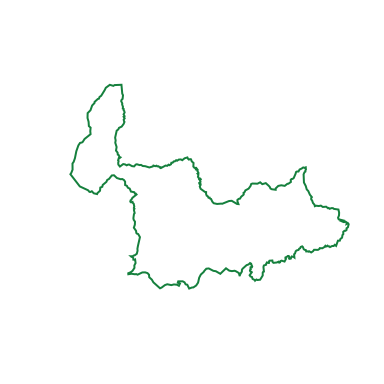 outline of San Calixto, Norte de Santander, Colombia, rotated 229°
{"feature_id": "7082276B87116730162989", "entity_name": "San Calixto", "entity_type": "district", "adm_level": 2, "iso_a3": "COL", "parent_name": "Colombia", "parent_adm1": "Norte de Santander", "projection": "orthographic", "projection_center": [-73.16, 8.446], "detail": "fine", "context": "isolated", "style": "outline", "palette": "green", "viewbox_px": 384, "rotation_deg": 229, "n_neighbors": 0, "source": "geoboundaries", "source_scale": "gbopen_adm2", "svg_char_len": 6009}
<svg xmlns="http://www.w3.org/2000/svg" viewBox="0 0 384 384"><g transform="rotate(229 192 192)"><path d="M171.7,90.0L170.0,92.7L167.3,95.0L166.7,96.0L165.3,96.7L163.9,101.7L163.2,102.6L162.1,103.9L160.0,105.2L157.8,105.3L155.7,103.8L152.2,104.2L149.2,103.6L140.3,104.7L139.8,106.4L139.5,110.5L138.6,112.8L135.3,115.3L134.1,117.7L131.9,119.8L129.8,120.6L130.8,122.8L132.9,121.8L133.6,123.0L130.7,126.4L128.7,127.1L126.5,126.6L125.1,127.6L121.0,126.5L119.9,129.4L119.1,130.4L118.7,133.8L119.6,137.1L122.6,141.2L123.9,144.5L124.0,148.4L124.4,149.6L124.7,152.5L123.3,154.5L118.5,156.4L116.6,158.0L111.7,159.7L112.1,167.6L108.2,168.5L106.1,170.2L104.6,172.5L103.2,173.2L100.1,174.2L97.2,172.8L98.2,174.1L99.2,177.4L100.5,178.6L100.9,179.8L101.0,185.2L100.2,187.2L100.3,189.2L99.1,189.6L98.5,189.0L97.8,189.1L96.2,188.5L95.9,187.8L96.8,186.9L96.2,186.1L95.2,185.8L95.1,184.8L94.6,184.1L93.7,183.9L92.7,184.6L92.2,184.5L91.4,180.9L89.9,180.7L88.6,181.5L86.6,180.7L84.2,181.7L83.7,181.5L83.7,183.2L82.6,183.7L81.1,185.9L82.6,190.6L84.7,192.4L85.1,193.5L84.8,194.1L88.5,196.7L89.4,198.0L88.5,200.2L89.1,200.7L89.7,202.4L88.4,203.0L88.0,203.6L89.1,204.6L89.3,205.4L87.6,207.7L86.2,206.9L85.1,207.0L83.2,209.7L82.6,211.7L82.1,211.8L81.7,211.4L81.3,211.7L81.2,212.4L81.8,213.5L81.4,214.6L78.8,216.2L79.9,219.1L80.9,219.1L81.3,219.6L80.8,221.2L80.9,222.2L80.3,223.0L79.4,223.0L78.1,221.6L77.7,221.6L76.9,222.8L77.9,225.0L76.3,226.1L75.4,226.3L78.0,228.2L78.0,229.4L79.2,231.3L79.3,232.5L78.4,234.4L78.9,235.7L78.6,236.7L79.2,238.0L78.7,239.5L77.8,239.6L75.5,238.8L74.4,239.1L73.6,239.8L72.2,239.2L71.6,240.1L70.5,240.8L70.5,241.5L68.2,242.3L67.9,244.5L68.3,246.2L65.7,249.1L65.4,250.9L65.8,251.6L64.0,253.5L63.6,256.0L63.9,257.3L62.9,257.3L62.6,259.1L61.6,259.1L60.9,259.9L59.9,260.0L59.3,262.3L58.3,263.5L58.5,265.1L56.8,265.4L59.5,270.2L58.3,271.6L59.2,273.2L59.1,275.3L60.8,277.3L60.9,278.5L62.7,280.0L62.7,281.7L62.0,282.4L62.0,283.8L63.2,284.8L63.1,286.5L64.9,289.1L66.2,289.2L66.5,287.6L67.5,288.8L69.0,288.4L69.1,287.6L69.8,286.7L71.7,285.8L70.9,287.2L71.0,287.7L75.2,284.8L76.7,285.3L77.9,287.6L79.9,289.5L82.7,291.0L86.2,288.0L87.3,287.8L88.4,286.6L89.0,284.9L90.3,284.7L90.5,284.0L92.9,283.6L94.9,280.9L97.2,280.3L98.2,278.5L100.2,276.7L100.7,275.4L102.1,276.1L104.4,276.1L106.8,277.1L108.1,277.1L109.3,278.0L109.5,279.1L112.6,279.2L116.5,280.4L118.7,280.3L121.9,281.8L125.7,282.7L132.1,287.8L133.1,289.8L133.0,291.0L133.9,291.7L134.2,292.7L136.0,294.0L136.5,292.6L137.3,292.3L137.7,291.6L137.7,290.3L138.4,288.0L137.6,285.8L138.6,284.7L138.8,283.6L137.8,282.1L135.8,277.9L135.9,276.5L136.5,275.6L136.4,274.5L134.7,273.2L135.0,270.2L135.6,269.4L135.8,266.0L138.5,263.8L140.0,261.1L139.8,257.5L138.8,256.6L141.8,254.0L143.2,253.5L144.7,254.0L146.2,254.0L150.3,253.5L151.8,250.2L154.6,249.8L155.3,246.9L158.7,243.2L159.2,242.0L158.1,240.0L157.4,236.9L158.2,233.3L157.5,231.9L157.5,230.2L156.5,229.8L156.1,228.9L156.2,226.1L155.5,223.8L156.2,222.7L156.2,221.0L155.0,220.1L152.4,219.1L152.6,218.9L153.5,218.1L159.3,216.2L160.9,214.0L163.3,207.1L164.1,206.4L166.5,203.1L169.3,201.0L171.4,201.0L174.2,201.8L175.2,201.3L176.2,201.6L176.8,200.7L178.4,201.1L179.6,200.7L181.4,201.4L182.7,202.6L183.6,201.8L188.8,200.6L191.1,201.5L191.5,202.6L192.2,202.8L192.0,203.4L192.6,203.8L193.1,203.8L193.5,203.1L194.1,203.3L194.1,205.1L195.5,205.6L195.8,207.0L196.7,207.0L197.2,205.8L198.6,206.5L199.5,206.4L200.8,208.1L202.1,208.2L201.8,209.0L202.1,209.4L204.4,209.9L204.9,210.8L206.3,210.9L206.0,210.1L206.5,209.7L207.1,210.2L207.1,210.9L207.5,211.0L208.6,209.7L210.3,209.7L212.9,212.2L215.3,211.9L217.3,212.7L218.1,212.1L218.5,210.9L219.8,210.8L221.1,211.2L222.3,208.5L222.4,205.5L223.8,205.0L225.1,203.4L225.4,201.2L226.4,200.9L226.4,199.1L227.1,198.2L226.8,196.6L227.6,195.6L226.7,194.3L227.1,192.5L228.0,192.2L228.0,190.5L229.3,189.4L230.5,184.1L230.8,183.9L231.4,184.5L232.4,183.7L233.4,183.6L234.1,182.6L235.1,182.5L235.6,181.2L237.3,180.2L237.0,179.2L238.5,175.9L242.2,173.6L243.9,171.9L245.9,171.3L246.7,170.1L249.1,168.6L249.6,167.5L249.3,165.1L250.9,163.7L253.9,162.6L254.6,161.7L255.0,160.2L256.7,159.6L258.2,158.4L258.5,154.3L261.0,154.4L262.4,155.4L263.5,156.9L264.4,157.0L265.8,159.3L265.8,159.8L265.1,159.8L265.1,160.7L266.1,160.3L268.1,160.9L268.9,160.5L270.6,161.7L273.1,161.8L275.4,164.6L279.5,166.4L281.0,168.2L283.4,169.6L287.7,175.4L287.6,177.4L288.3,179.0L287.5,181.8L288.2,185.0L289.2,187.0L290.2,187.2L291.5,188.0L291.7,189.4L293.5,189.7L293.2,190.6L293.5,190.9L295.5,191.3L296.2,193.3L297.6,194.0L298.5,194.0L299.4,194.9L300.4,194.5L301.6,195.8L303.9,196.7L304.6,197.5L307.1,198.2L307.8,199.5L307.8,200.7L310.3,203.4L312.0,203.9L319.2,209.1L323.5,203.7L323.7,202.3L326.8,200.3L327.2,195.3L326.2,193.0L324.2,186.6L324.4,184.6L323.5,183.0L324.0,181.9L323.9,177.6L323.1,176.7L322.8,173.4L320.3,169.0L320.0,165.0L316.4,161.7L312.8,160.0L309.4,157.4L307.1,157.7L304.6,155.1L302.2,153.4L302.5,145.7L301.5,142.4L301.6,141.4L302.5,139.7L301.7,136.8L298.7,131.5L294.3,125.8L292.4,122.5L291.9,120.5L287.2,116.5L285.6,113.4L285.2,111.9L269.8,111.0L261.5,114.7L259.4,114.7L258.7,115.3L258.3,116.9L255.5,117.0L252.7,119.0L253.2,119.9L253.3,123.4L255.5,125.7L254.8,127.7L255.9,129.3L255.8,134.0L256.7,135.9L256.3,138.0L257.1,142.3L255.8,144.1L251.8,144.5L248.5,146.5L247.5,147.9L245.7,148.5L243.7,148.3L241.1,146.1L239.4,146.9L237.4,146.4L235.4,147.2L232.4,146.2L229.7,148.3L228.3,147.9L227.7,148.5L226.5,148.5L226.7,143.2L225.9,141.0L226.0,140.2L225.2,139.1L224.2,139.2L223.5,140.6L222.7,140.2L221.4,140.3L218.9,138.9L218.1,137.6L217.1,137.6L216.6,136.4L213.7,134.9L213.4,133.7L210.7,130.6L209.4,129.8L207.0,129.5L204.8,127.4L203.2,124.7L199.4,124.3L197.6,123.1L196.8,123.1L195.5,123.8L192.1,123.1L186.6,115.6L185.0,113.6L183.4,112.4L181.6,109.8L181.8,107.2L182.3,106.3L182.5,104.9L183.6,103.7L182.7,103.8L182.0,104.5L180.6,104.3L179.4,103.4L178.9,104.0L178.1,104.2L178.1,104.6L175.4,102.8L174.4,100.3L172.5,98.8L171.5,95.4L171.7,93.0L172.5,90.6L171.7,90.0Z" fill="none" stroke="#15803d" stroke-width="2"/></g></svg>